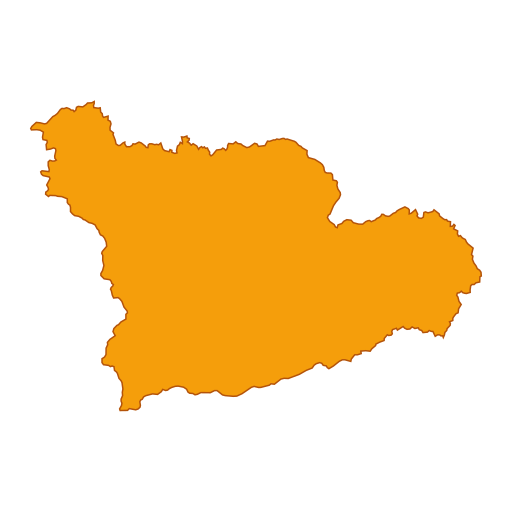 outline of Goiás, Goiás, Brazil
{"feature_id": "56859067B96777587562664", "entity_name": "Goiás", "entity_type": "district", "adm_level": 2, "iso_a3": "BRA", "parent_name": "Brazil", "parent_adm1": "Goiás", "projection": "orthographic", "projection_center": [-50.254, -15.839], "detail": "fine", "context": "isolated", "style": "filled", "palette": "amber", "viewbox_px": 512, "rotation_deg": 0, "n_neighbors": 0, "source": "geoboundaries", "source_scale": "gbopen_adm2", "svg_char_len": 6044}
<svg xmlns="http://www.w3.org/2000/svg" viewBox="0 0 512 512"><path d="M183.6,387.2L186.6,389.2L188.0,392.1L189.6,393.2L192.9,393.5L195.0,394.8L197.4,394.3L200.8,392.6L210.3,392.7L214.5,390.6L217.1,390.6L222.5,394.9L225.2,395.6L233.2,396.3L236.8,396.1L242.0,393.7L251.4,387.3L254.1,386.4L258.8,387.5L260.8,387.4L269.3,385.2L271.0,383.8L274.4,384.2L280.9,379.1L284.1,378.3L288.2,378.5L299.4,374.3L306.2,370.4L312.2,368.0L314.1,365.2L316.2,363.7L319.7,362.6L321.8,363.3L323.2,365.3L326.3,365.9L327.3,367.6L328.9,368.7L333.4,366.0L339.3,361.3L342.4,359.8L345.0,359.8L350.8,361.4L351.3,359.1L354.7,354.8L357.4,354.8L361.2,353.6L360.8,351.1L365.7,350.7L370.2,351.2L371.8,348.8L375.6,345.6L375.9,344.1L379.6,342.2L384.1,340.5L384.3,338.4L387.3,334.8L388.7,335.5L391.2,335.1L392.3,333.8L391.8,331.4L392.5,329.6L396.4,328.3L397.4,330.1L403.1,326.5L404.7,328.2L407.0,329.3L409.9,329.0L412.1,326.9L414.9,328.5L418.2,327.8L419.3,329.7L421.7,330.5L423.0,332.6L427.5,332.1L429.2,330.5L431.3,331.4L432.9,331.4L435.2,336.3L437.6,334.8L439.7,334.9L441.0,335.9L442.7,335.8L443.3,337.5L444.4,335.0L444.9,332.4L446.7,330.5L447.1,328.6L450.1,325.4L450.4,323.5L449.5,321.8L452.8,320.5L452.8,318.3L453.7,316.7L456.0,313.7L458.1,312.8L458.6,308.8L461.2,304.5L459.0,301.4L457.9,297.0L456.7,295.3L457.3,293.1L459.5,292.7L461.3,291.2L462.8,292.7L464.9,293.3L466.4,293.5L470.2,292.4L470.1,289.9L470.7,285.7L472.0,284.5L474.1,284.5L476.0,282.8L479.7,282.0L479.9,276.8L481.3,276.0L481.0,272.2L479.6,270.2L477.3,268.7L476.1,266.0L473.9,263.0L472.4,259.3L472.9,256.1L471.5,254.6L473.1,248.1L467.9,243.9L466.5,242.1L465.3,239.5L462.3,237.9L460.4,235.6L458.6,236.3L457.4,234.0L457.7,230.9L453.6,228.8L455.1,225.5L453.9,224.4L452.5,226.2L450.3,226.4L450.5,221.7L447.5,221.1L446.6,219.6L444.8,219.7L443.1,218.7L439.6,215.9L439.1,213.8L434.0,209.8L432.8,211.5L430.9,212.1L428.0,212.8L425.4,211.9L423.9,212.5L423.3,217.2L421.3,218.4L418.6,217.9L417.0,215.9L417.7,214.2L415.5,209.6L411.3,213.2L409.2,213.9L409.3,210.0L408.2,208.6L404.9,206.9L399.3,209.5L397.0,210.9L395.6,212.5L393.3,213.3L389.7,216.1L388.1,216.4L385.3,215.8L383.4,214.4L381.8,214.3L380.7,216.3L379.0,217.5L376.5,218.6L375.5,219.9L371.2,221.7L369.6,220.5L368.0,220.7L365.8,221.6L362.6,224.2L358.6,224.1L353.3,222.7L351.1,220.2L346.8,219.7L343.7,221.3L341.9,223.5L338.0,224.9L337.2,227.7L335.5,227.0L334.2,224.6L329.8,221.5L327.4,217.7L328.3,215.1L330.0,214.1L333.5,205.7L335.9,202.1L339.1,198.3L340.5,194.7L340.2,192.5L337.9,189.0L336.9,185.3L337.4,182.3L336.4,180.8L332.9,180.0L332.4,174.6L330.9,173.1L327.0,173.0L325.3,172.4L324.3,170.6L323.8,167.3L322.4,164.7L320.4,162.9L314.8,159.4L308.4,157.6L306.9,154.2L307.1,150.6L302.2,147.8L301.0,146.4L298.7,145.4L296.0,142.3L294.4,141.3L287.1,139.0L285.6,139.4L284.0,138.4L282.3,138.5L279.2,139.5L276.8,139.0L275.1,140.0L273.6,139.9L269.7,141.3L267.5,141.1L265.0,145.6L258.4,146.4L257.0,144.0L254.6,143.3L249.4,147.0L246.8,147.6L242.7,145.5L241.0,144.0L237.7,143.5L235.8,141.8L233.1,143.9L228.6,143.5L227.6,145.5L227.6,147.2L226.8,149.2L225.7,150.4L224.2,148.8L222.7,148.1L221.4,149.4L216.6,150.0L212.8,154.7L211.0,155.9L209.5,154.2L209.7,152.2L208.3,150.1L207.4,148.0L205.4,148.3L204.4,146.9L202.8,147.8L201.5,146.6L199.8,147.6L198.6,149.3L196.8,146.0L193.1,143.7L191.2,145.2L189.5,143.1L187.4,141.9L189.1,140.2L189.3,138.5L187.2,137.9L186.9,136.0L183.8,137.1L181.5,136.9L182.5,141.5L182.4,143.6L180.3,142.3L179.3,144.7L177.5,146.1L176.5,150.4L177.0,152.9L174.7,153.4L171.8,152.3L171.9,150.4L170.0,149.6L169.1,151.7L164.6,150.6L162.8,148.9L160.8,143.0L158.6,144.8L156.6,144.3L154.8,144.7L151.8,143.8L149.6,143.8L148.3,144.8L147.9,147.7L146.2,147.4L145.2,146.0L141.2,142.9L139.0,142.1L135.1,144.1L133.0,143.8L132.0,145.5L129.9,146.7L126.5,146.7L124.8,144.1L124.8,142.1L123.0,142.9L120.1,145.4L118.3,145.5L116.0,143.9L115.3,140.4L113.0,134.4L113.5,132.9L110.1,130.2L110.0,127.4L111.0,123.9L110.3,121.3L108.0,120.1L108.1,116.1L103.6,117.4L102.6,116.1L102.2,113.6L100.7,112.1L100.2,107.8L98.3,108.2L93.8,107.6L93.5,105.3L94.2,103.6L94.2,101.5L91.8,102.8L87.5,103.0L86.2,104.5L82.8,106.9L78.2,106.4L76.5,107.3L75.8,110.2L74.1,111.6L73.2,110.2L71.1,110.1L69.5,108.8L66.6,107.7L64.0,108.6L62.0,108.4L60.4,109.5L57.5,113.4L55.2,115.3L52.8,116.6L46.6,123.4L44.5,123.9L40.1,122.8L36.3,122.4L31.9,126.4L30.7,128.5L31.4,129.9L36.8,129.7L40.2,130.2L43.4,132.1L42.5,137.2L43.0,139.6L46.9,140.4L47.3,142.3L46.1,144.6L46.6,149.7L50.3,149.1L53.6,147.9L55.4,148.6L55.9,150.5L54.7,156.1L54.9,158.3L56.3,160.1L54.6,161.0L52.5,161.1L49.9,160.3L48.2,161.9L48.2,165.7L49.3,169.6L48.9,171.6L42.0,170.8L40.7,171.9L41.5,174.2L43.1,175.6L49.3,177.0L50.0,178.7L46.7,185.0L48.1,187.5L48.5,189.3L47.6,190.8L45.8,192.1L45.6,194.2L48.5,196.5L49.8,195.4L55.6,195.6L57.7,196.3L61.8,196.6L67.3,198.8L67.3,202.5L68.5,204.2L69.9,205.1L70.5,207.3L70.5,211.6L72.5,213.9L74.6,215.6L78.6,216.3L82.0,218.1L83.3,219.5L85.1,220.0L88.9,222.6L92.0,223.3L95.1,224.9L97.1,228.7L98.8,230.4L99.2,232.3L100.4,234.8L102.8,236.0L104.6,238.3L106.2,242.2L106.7,246.3L102.3,251.5L101.7,253.3L102.8,255.5L102.7,260.4L103.9,265.5L102.6,270.5L100.9,273.5L100.9,275.5L104.1,278.8L109.9,279.7L111.3,281.5L111.8,283.4L113.4,284.6L112.7,286.1L111.2,287.5L110.5,289.2L111.3,290.6L112.3,295.1L113.6,298.0L118.1,297.6L119.6,298.7L121.9,301.4L124.0,307.1L127.2,311.1L127.4,312.9L125.9,314.3L125.9,319.1L120.9,322.0L118.5,324.7L116.9,325.4L113.9,328.5L113.0,331.6L115.2,335.7L109.9,339.4L107.4,342.4L107.7,344.7L106.1,348.1L106.0,354.6L104.5,357.1L102.0,358.7L102.0,362.6L103.5,364.7L108.7,365.4L110.4,366.6L112.1,366.0L114.0,366.7L114.5,370.4L116.5,372.0L117.4,373.4L119.0,378.4L121.0,380.6L122.0,382.6L122.9,389.0L122.3,392.3L122.6,395.6L121.1,399.1L121.1,401.1L121.9,403.2L121.5,405.5L119.6,408.9L120.1,410.5L127.5,410.4L129.3,408.6L135.7,409.8L138.1,409.0L140.0,407.2L140.4,405.3L139.8,401.7L140.8,399.9L142.2,399.3L143.6,396.9L145.7,395.7L152.5,393.9L157.6,394.4L161.3,391.7L162.7,389.4L165.6,390.5L167.6,390.1L169.4,388.6L171.8,387.4L175.3,386.3L178.2,386.1L183.6,387.2Z" fill="#f59e0b" stroke="#b45309" stroke-width="1.5"/></svg>